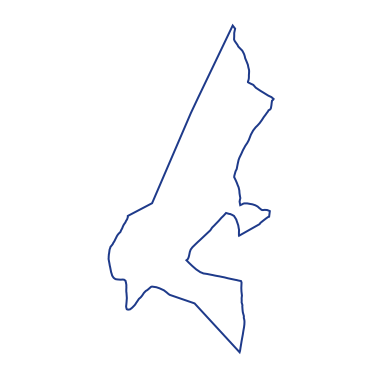 the district of Jacmel, Anse-la-Raye, Saint Lucia, rotated 266°
{"feature_id": "8701671B80977223747238", "entity_name": "Jacmel", "entity_type": "district", "adm_level": 2, "iso_a3": "LCA", "parent_name": "Saint Lucia", "parent_adm1": "Anse-la-Raye", "projection": "albers", "projection_center": [-61.014, 13.948], "detail": "fine", "context": "isolated", "style": "outline", "palette": "blue", "viewbox_px": 384, "rotation_deg": 266, "n_neighbors": 0, "source": "geoboundaries", "source_scale": "gbopen_adm2", "svg_char_len": 4184}
<svg xmlns="http://www.w3.org/2000/svg" viewBox="0 0 384 384"><g transform="rotate(266 192 192)"><path d="M79.6,118.8L79.3,119.4L79.1,120.2L79.1,120.6L79.2,121.1L79.2,121.7L79.3,122.1L79.7,122.7L80.8,124.3L83.1,126.9L84.4,128.0L85.3,128.6L86.0,129.2L89.1,131.6L90.5,133.5L92.2,135.1L94.7,137.0L96.5,139.0L97.3,140.6L98.4,142.1L100.2,144.5L100.4,145.3L100.4,145.7L99.5,149.8L98.2,152.9L95.9,157.1L93.6,159.7L92.2,161.1L91.0,162.5L80.7,186.8L28.8,228.3L30.1,228.8L34.0,229.7L40.3,231.2L46.1,232.7L50.0,233.6L53.6,234.5L56.2,235.0L58.9,235.3L60.0,235.3L61.2,235.2L62.8,234.9L64.6,235.1L67.5,234.5L68.7,234.3L71.1,234.2L74.4,234.2L75.6,234.4L77.1,234.1L78.4,233.8L80.1,234.0L82.7,234.1L85.2,234.6L89.4,234.4L92.8,234.5L96.4,234.9L98.2,235.1L99.7,234.7L99.9,234.1L100.6,231.6L100.7,231.4L101.2,229.8L101.3,229.3L103.4,221.9L104.6,218.3L105.3,215.7L105.9,213.6L106.5,211.1L107.0,209.2L107.8,206.5L108.1,205.3L109.2,201.3L110.0,197.6L110.3,197.1L110.9,195.9L111.5,194.6L111.7,194.4L114.5,190.8L118.1,187.2L121.6,184.0L124.3,181.7L124.7,182.3L125.1,182.9L125.7,183.3L125.9,183.5L127.4,184.2L128.6,184.6L130.0,185.0L132.5,185.7L133.1,186.0L134.5,186.6L135.2,187.1L135.7,187.6L136.6,188.3L137.5,189.3L138.0,189.9L139.7,191.9L141.7,194.3L143.6,196.7L151.6,206.5L152.5,207.6L155.1,209.6L157.4,212.3L157.9,212.8L159.5,214.6L161.5,216.8L164.3,219.6L165.1,220.6L166.3,222.0L168.7,224.5L167.5,227.7L167.4,228.5L166.4,230.4L165.8,231.3L165.2,232.2L164.1,232.8L163.2,233.3L161.3,234.3L161.0,234.3L160.3,234.5L155.5,235.8L152.3,236.1L151.0,236.3L150.2,236.2L148.4,236.0L146.8,235.9L145.6,235.8L145.1,235.9L155.2,257.1L156.5,258.2L158.3,260.8L160.5,264.1L161.7,266.1L162.0,267.2L167.5,268.3L168.1,267.2L168.8,265.6L169.1,263.3L169.0,261.4L169.3,260.2L171.6,257.7L172.7,256.7L173.5,255.6L174.4,254.1L175.5,251.4L176.1,248.9L176.8,246.2L177.0,243.4L176.8,242.4L176.0,240.6L175.5,239.2L179.1,238.8L181.1,239.3L182.2,239.7L182.6,239.8L184.1,239.6L187.5,239.3L190.3,239.3L193.5,238.8L195.5,238.1L197.9,237.4L200.7,236.4L202.7,235.6L203.9,235.1L205.4,235.4L209.6,236.9L211.8,238.2L216.3,239.4L220.7,240.7L222.9,241.7L226.9,244.0L230.1,245.7L234.5,248.5L237.0,250.5L239.7,252.2L245.2,254.8L249.1,257.3L252.1,260.0L253.6,261.8L256.0,264.3L259.0,266.8L261.7,268.8L264.2,271.0L264.6,271.3L265.1,271.7L266.4,272.8L266.9,273.3L268.2,274.1L268.7,275.4L269.6,276.3L270.3,276.6L273.1,277.3L275.8,277.8L277.5,278.2L278.5,279.5L279.1,279.9L280.2,278.8L280.6,278.4L280.8,278.1L281.1,277.9L282.7,275.0L282.9,274.7L283.4,274.0L286.0,270.4L287.9,267.7L289.5,265.6L291.6,262.9L294.2,260.9L294.5,260.7L295.0,259.9L295.8,258.4L297.1,256.2L297.6,255.5L298.2,255.5L299.8,256.2L301.3,256.6L302.8,256.8L304.6,256.9L306.6,257.2L308.5,257.4L309.8,257.4L312.5,256.9L315.0,256.6L317.9,255.7L321.7,254.4L323.7,254.1L325.8,253.6L328.0,252.7L329.5,252.0L332.2,249.7L333.9,248.3L335.6,247.6L337.9,246.2L339.7,245.1L341.2,244.6L343.0,244.8L343.8,244.9L344.9,245.0L347.7,245.2L351.9,246.4L352.5,246.0L355.2,244.2L285.7,204.7L270.9,196.4L183.6,151.4L172.6,126.3L171.6,126.2L171.3,126.2L170.4,125.8L169.2,125.3L168.2,124.5L167.6,124.1L166.1,123.3L165.8,123.0L164.7,122.1L164.2,121.7L163.0,121.0L162.7,120.8L160.4,119.7L159.4,119.0L158.9,118.7L157.0,117.7L156.3,116.8L155.5,115.9L155.1,115.5L154.2,114.7L152.9,113.8L151.8,113.2L151.0,112.7L148.1,111.0L146.7,109.9L145.7,109.4L145.5,109.2L145.1,108.9L143.7,107.6L143.0,106.9L142.5,106.7L141.4,106.3L140.8,106.0L140.4,105.8L136.1,104.9L135.6,104.7L135.4,104.7L134.0,104.5L133.5,104.4L132.3,104.3L131.5,104.2L131.2,104.1L130.2,104.2L129.3,104.3L125.8,104.7L124.6,104.8L124.0,104.9L122.7,105.1L118.7,105.6L117.8,105.7L115.8,106.2L114.3,106.5L113.5,106.9L112.9,107.2L112.3,107.6L111.8,107.9L110.8,109.1L110.4,109.7L110.2,110.5L109.9,112.0L109.5,114.7L109.5,115.7L109.5,116.9L109.4,117.3L109.2,118.2L108.7,118.8L108.0,119.5L107.6,119.5L106.9,119.7L106.6,119.7L106.3,119.8L105.1,119.9L104.6,120.0L104.2,120.0L103.3,120.0L102.3,119.9L101.5,119.9L98.8,119.6L96.8,119.5L96.2,119.6L95.0,119.6L94.6,119.6L93.0,119.6L90.8,119.6L90.0,119.5L88.7,119.3L87.9,119.2L86.6,119.0L84.1,118.6L82.6,118.3L82.2,118.3L81.2,118.4L80.3,118.6L79.8,118.8L79.6,118.8Z" fill="none" stroke="#1e3a8a" stroke-width="2"/></g></svg>